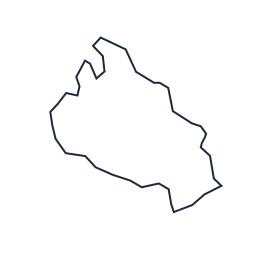 outline of Beverinas, rotated 251°
{"feature_id": "LVA-5783", "entity_name": "Beverinas", "entity_type": "Municipality", "adm_level": 1, "iso_a3": "LVA", "parent_name": "Latvia", "parent_adm1": "", "projection": "mercator", "projection_center": [25.601, 57.529], "detail": "fine", "context": "isolated", "style": "outline", "palette": "slate", "viewbox_px": 256, "rotation_deg": 251, "n_neighbors": 0, "source": "natural_earth", "source_scale": "10m", "svg_char_len": 653}
<svg xmlns="http://www.w3.org/2000/svg" viewBox="0 0 256 256"><g transform="rotate(251 128 128)"><path d="M141.3,56.0L155.2,57.3L168.5,59.8L173.8,69.7L181.2,80.9L175.2,90.8L183.2,95.7L193.1,95.7L205.7,109.3L201.1,113.1L185.1,114.3L189.1,124.2L204.2,127.6L217.0,121.7L222.4,131.6L203.1,151.4L178.5,153.9L162.3,167.3L160.4,172.7L152.8,179.1L129.3,175.9L111.7,189.8L106.0,197.3L97.2,200.0L94.0,197.5L89.8,193.0L86.0,190.5L75.0,196.5L52.3,192.7L42.9,197.5L40.3,178.6L34.3,163.8L33.6,144.0L41.6,144.0L56.9,146.5L65.5,139.1L67.5,121.7L77.5,113.1L88.8,98.2L101.4,84.6L115.4,78.4L124.5,60.9L141.3,56.0Z" fill="none" stroke="#1e293b" stroke-width="2"/></g></svg>